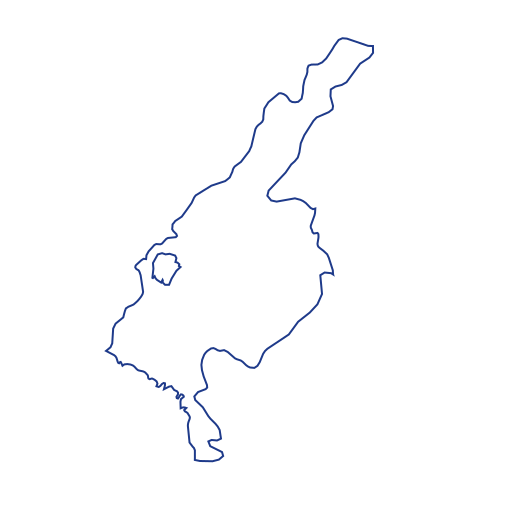 Tashkent, orthographic projection, rotated 344°
{"feature_id": "UZB-372", "entity_name": "Tashkent", "entity_type": "Region", "adm_level": 1, "iso_a3": "UZB", "parent_name": "Uzbekistan", "parent_adm1": "", "projection": "orthographic", "projection_center": [69.658, 41.236], "detail": "fine", "context": "isolated", "style": "outline", "palette": "blue", "viewbox_px": 512, "rotation_deg": 344, "n_neighbors": 0, "source": "natural_earth", "source_scale": "10m", "svg_char_len": 4872}
<svg xmlns="http://www.w3.org/2000/svg" viewBox="0 0 512 512"><g transform="rotate(344 256 256)"><path d="M425.9,86.3L426.3,86.4L424.5,93.0L419.7,96.5L409.1,99.8L390.9,113.9L385.6,115.2L379.1,115.0L373.8,116.5L371.6,123.0L371.4,133.1L370.0,136.0L365.5,137.8L352.5,139.5L348.5,141.9L335.7,153.2L330.1,160.0L326.3,168.3L323.3,172.9L319.4,175.6L315.1,177.7L307.4,184.0L286.2,196.6L283.5,201.2L285.9,206.8L290.8,209.4L309.3,211.3L314.3,214.3L316.5,216.3L318.5,218.8L321.7,224.8L323.7,226.7L326.1,226.7L324.6,230.9L323.4,233.1L317.1,241.8L316.7,242.8L316.5,244.1L316.9,246.1L316.9,248.8L317.4,249.7L317.8,250.3L321.5,250.8L322.0,252.2L321.4,254.7L321.0,255.8L318.5,261.1L318.3,262.2L318.3,263.4L318.6,264.5L319.5,265.9L322.2,269.5L324.9,274.0L325.5,277.9L325.9,290.9L325.0,294.9L325.0,295.0L323.4,293.2L317.4,290.8L312.5,292.2L309.0,310.7L301.7,319.4L292.1,325.2L278.4,330.8L265.9,340.5L241.4,348.3L238.5,349.8L235.9,352.0L230.3,359.1L227.1,362.0L223.6,363.1L219.5,361.5L217.8,360.0L216.4,358.2L214.0,354.0L212.5,352.2L209.2,350.0L207.6,348.6L202.4,340.5L199.4,337.7L195.2,337.3L193.1,336.0L191.5,334.2L189.7,332.8L187.3,332.5L183.0,333.9L180.9,335.1L179.0,336.6L175.6,341.0L173.5,345.6L172.6,350.8L172.5,357.3L173.3,366.6L172.8,369.0L170.9,370.1L162.8,370.8L158.0,374.0L157.9,377.7L163.2,386.8L166.0,396.7L167.3,399.8L170.8,406.1L172.2,409.4L173.1,413.3L172.0,421.9L167.7,422.6L162.6,420.6L159.1,421.1L159.6,426.2L169.3,435.1L169.3,439.2L164.2,441.5L157.6,441.3L145.6,437.6L141.0,435.2L141.7,432.9L143.7,425.9L143.4,423.4L142.6,421.9L140.7,417.0L143.6,401.0L143.9,399.8L144.7,398.0L145.5,396.7L147.4,394.2L148.0,392.7L147.8,391.2L147.3,389.6L147.0,388.2L146.2,387.1L144.8,385.7L144.5,384.3L147.1,382.9L145.8,382.0L144.5,381.5L143.1,381.4L141.6,381.6L143.2,375.3L144.4,372.9L147.8,371.4L147.8,370.2L146.9,368.9L145.7,368.3L144.4,369.1L143.0,370.5L141.7,371.5L140.7,370.8L140.7,369.5L142.9,367.4L143.4,365.9L142.8,364.3L140.4,362.2L138.8,357.8L136.4,357.6L130.8,358.7L132.9,355.1L133.4,353.3L132.2,352.6L130.2,353.2L128.3,354.5L126.4,355.1L124.4,353.8L126.1,351.5L125.9,349.2L124.4,347.0L122.6,345.3L121.7,345.0L120.7,345.1L119.8,345.1L118.9,344.2L118.8,343.4L119.1,341.4L119.0,340.6L117.6,337.8L116.9,336.8L115.5,335.7L111.9,333.8L111.0,333.1L110.1,331.8L108.6,328.8L107.4,327.2L105.4,325.7L102.5,324.4L99.6,323.9L97.4,324.7L97.0,321.7L96.7,320.5L96.1,320.5L94.9,321.4L94.2,320.9L93.9,319.6L93.8,315.5L93.3,313.7L92.3,312.2L85.7,305.9L86.9,305.4L91.0,303.6L92.3,302.0L93.7,300.4L96.2,293.4L98.7,286.4L100.5,284.4L102.4,282.3L106.9,280.4L111.5,278.4L113.1,275.6L114.8,272.8L115.7,271.6L116.5,270.5L117.9,270.1L119.3,269.6L122.1,269.3L124.9,268.9L127.3,267.8L129.7,266.6L132.0,265.1L134.2,263.5L135.4,262.4L136.5,261.3L137.1,260.3L137.6,259.3L138.7,251.0L139.8,242.6L139.7,241.2L139.7,239.8L139.5,238.7L139.3,237.7L139.1,237.4L139.0,237.1L138.6,236.8L138.3,236.6L137.7,235.8L137.1,235.0L137.0,234.3L136.8,233.6L137.1,233.0L137.4,232.4L137.9,231.9L138.5,231.5L141.5,230.0L144.6,228.5L145.8,228.1L147.1,227.7L148.3,228.2L149.5,228.7L150.2,226.9L150.9,225.1L152.5,223.5L154.1,221.9L157.7,219.7L161.3,217.4L162.3,217.2L163.4,217.0L165.3,217.7L167.3,218.4L168.2,218.3L169.2,218.1L171.7,216.5L174.3,214.9L175.3,214.6L176.3,214.4L180.2,215.1L184.1,215.8L184.8,215.4L185.6,214.9L185.5,214.0L185.5,213.1L184.4,211.1L183.3,209.1L183.1,208.1L182.8,207.2L183.7,204.9L184.5,202.6L186.3,201.4L188.0,200.1L191.8,198.9L195.5,197.7L202.2,192.5L208.8,187.2L210.7,185.0L212.6,182.8L213.7,181.9L214.8,181.1L223.6,178.6L232.5,176.1L239.8,175.8L247.0,175.5L249.8,174.4L252.5,173.2L254.5,170.8L256.5,168.5L257.3,167.1L258.2,165.8L259.2,164.9L260.2,164.1L263.9,162.7L267.5,161.4L273.0,157.3L278.4,153.3L280.0,151.3L281.7,149.4L286.0,141.7L290.4,133.9L291.3,133.0L292.3,132.0L293.4,131.3L294.5,130.7L295.7,130.2L296.9,129.8L297.9,129.2L299.0,128.7L299.8,127.7L300.6,126.8L301.1,125.3L301.6,123.7L303.1,120.1L304.7,116.5L307.5,114.1L310.3,111.6L316.6,108.8L322.9,106.0L323.9,106.2L324.8,106.4L326.0,107.2L327.2,108.0L328.3,109.2L329.3,110.4L329.8,111.5L330.3,112.7L330.8,114.3L331.3,115.9L332.3,117.0L333.3,118.0L334.7,118.5L336.0,119.0L337.6,119.2L339.1,119.4L341.1,118.4L343.2,117.4L344.5,114.8L345.9,112.2L347.1,109.0L348.2,105.8L349.7,102.9L351.2,100.1L353.0,97.9L354.8,95.6L355.4,94.5L356.1,93.3L356.6,91.6L357.1,90.0L358.0,88.7L359.0,87.5L360.5,87.4L362.1,87.3L365.1,88.1L368.1,88.9L370.6,88.5L373.0,88.1L375.4,86.8L377.9,85.5L382.2,81.9L386.5,78.2L389.3,75.5L395.0,71.1L399.1,70.5L403.3,72.1L421.7,84.9L425.9,86.3ZM164.5,259.7L168.7,254.4L175.4,248.3L180.4,245.8L179.1,244.4L180.0,242.8L178.7,240.7L176.9,239.6L178.9,236.1L178.4,233.3L173.6,230.1L169.5,229.5L166.5,227.4L162.0,227.4L155.0,234.4L153.9,239.9L150.4,248.4L150.8,248.8L153.0,247.5L153.3,249.7L154.2,251.6L157.5,255.4L159.6,253.2L159.7,253.9L158.9,255.6L160.6,258.6L164.5,259.7Z" fill="none" stroke="#1e3a8a" stroke-width="2"/></g></svg>